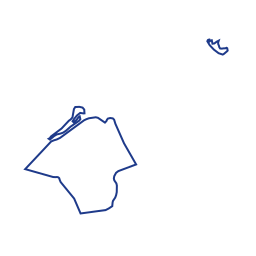 an SVG outline of Sóc Trăng, rotated 265°
{"feature_id": "VNM-508", "entity_name": "Sóc Trăng", "entity_type": "Province", "adm_level": 1, "iso_a3": "VNM", "parent_name": "Vietnam", "parent_adm1": "", "projection": "robinson", "projection_center": [106.207, 9.284], "detail": "fine", "context": "isolated", "style": "outline", "palette": "blue", "viewbox_px": 256, "rotation_deg": 265, "n_neighbors": 0, "source": "natural_earth", "source_scale": "10m", "svg_char_len": 1419}
<svg xmlns="http://www.w3.org/2000/svg" viewBox="0 0 256 256"><g transform="rotate(265 128 128)"><path d="M96.0,22.0L121.3,50.3L122.2,53.2L122.8,56.1L124.1,59.5L139.5,84.9L140.4,87.3L141.1,89.9L141.5,96.8L140.8,98.9L135.4,105.5L136.8,107.1L138.1,107.8L139.1,108.7L139.5,111.1L138.9,113.7L137.5,114.9L133.3,115.8L113.1,122.7L91.0,132.9L85.9,114.6L84.4,112.2L81.2,110.1L78.9,109.5L77.0,109.8L73.8,111.6L71.6,111.9L65.1,111.2L62.1,110.3L59.8,109.2L56.7,106.7L55.3,106.2L51.5,105.5L49.5,101.8L48.2,98.6L47.0,73.3L62.4,68.2L80.0,56.2L82.1,55.5L84.0,55.1L84.9,54.3L85.3,53.2L85.4,51.2L85.7,49.1L96.0,22.0ZM141.5,71.6L143.4,73.6L151.6,75.8L153.5,77.3L153.3,81.5L152.3,84.5L150.2,86.0L146.4,85.9L146.4,84.9L147.2,81.7L144.9,78.2L141.7,75.1L139.5,73.4L138.4,74.4L140.6,77.5L143.1,79.7L143.8,80.9L140.9,81.3L139.4,79.8L134.4,71.0L130.7,66.0L129.0,62.9L128.3,60.1L127.8,56.5L126.5,53.8L123.3,49.2L124.2,48.1L124.6,49.0L125.0,49.5L126.2,50.4L133.3,61.8L140.4,69.7L141.5,71.6ZM208.1,219.1L204.6,219.5L204.7,221.4L206.2,223.8L207.1,226.0L205.2,225.2L203.7,225.2L202.2,225.7L200.5,226.0L199.2,226.7L198.9,228.3L199.0,230.2L198.9,231.7L199.1,232.5L199.3,233.2L198.8,233.8L196.4,234.0L195.7,233.2L193.4,229.9L192.9,228.8L194.6,224.8L198.6,220.4L203.4,216.6L207.5,214.6L208.1,214.9L208.6,215.2L208.9,215.8L209.0,216.8L208.6,216.9L207.1,216.8L207.8,217.9L208.0,218.3L208.1,219.1Z" fill="none" stroke="#1e3a8a" stroke-width="2"/></g></svg>